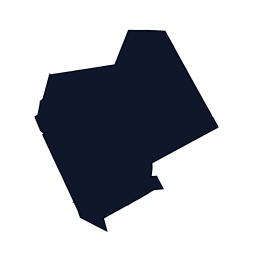 outline of Lenauheim, Timis, Romania, rotated 166°
{"feature_id": "2599482B52113038505236", "entity_name": "Lenauheim", "entity_type": "district", "adm_level": 2, "iso_a3": "ROU", "parent_name": "Romania", "parent_adm1": "Timis", "projection": "orthographic", "projection_center": [20.789, 45.889], "detail": "fine", "context": "isolated", "style": "filled", "palette": "ink", "viewbox_px": 256, "rotation_deg": 166, "n_neighbors": 0, "source": "geoboundaries", "source_scale": "gbopen_adm2", "svg_char_len": 3852}
<svg xmlns="http://www.w3.org/2000/svg" viewBox="0 0 256 256"><g transform="rotate(166 128 128)"><path d="M191.0,198.1L191.5,197.6L192.4,196.0L193.2,194.6L194.5,192.3L195.9,189.7L196.6,188.3L197.8,186.4L199.6,183.1L200.2,181.9L201.4,179.8L201.5,179.8L202.2,178.6L203.4,176.4L203.6,176.3L206.3,175.1L206.7,174.5L206.7,173.9L209.0,168.7L211.4,163.8L212.1,162.4L212.2,162.2L212.3,162.1L215.3,161.2L215.0,158.8L214.3,154.1L213.7,150.1L213.5,148.7L213.2,146.6L212.4,145.5L211.6,144.5L210.2,142.3L212.1,141.9L211.2,137.2L210.5,134.1L210.6,133.7L210.3,132.3L209.8,129.7L209.6,129.1L209.1,126.6L208.8,124.8L208.3,122.2L207.8,119.5L207.7,119.0L207.2,116.5L207.0,115.5L206.6,113.6L206.1,110.7L206.0,110.2L205.5,108.1L205.4,107.1L205.0,105.5L204.5,103.0L204.3,101.7L203.9,100.0L203.6,98.4L203.4,97.2L203.2,96.2L202.8,94.4L202.5,92.9L202.3,91.4L202.1,90.2L201.9,89.5L201.6,87.7L201.5,87.1L201.2,86.0L200.9,84.5L200.7,83.5L200.3,81.4L200.1,80.3L199.7,78.3L199.5,77.2L199.2,75.4L199.0,74.6L198.5,72.1L198.3,70.7L198.1,69.8L198.3,69.6L198.2,69.6L198.1,69.4L198.0,69.2L197.9,68.5L197.4,66.1L197.3,65.6L197.2,65.5L197.2,65.3L197.1,64.6L196.8,63.2L196.7,62.6L196.5,61.4L196.3,60.8L196.2,60.3L196.2,59.9L196.1,59.0L196.0,57.6L196.0,56.7L195.9,56.5L195.9,55.9L195.8,55.5L195.8,55.0L195.7,54.3L195.6,52.9L195.2,52.5L194.2,51.7L192.5,50.1L192.0,49.7L190.9,48.8L189.8,47.8L188.7,46.8L186.8,45.2L185.6,44.1L184.1,42.8L183.2,42.0L181.0,40.0L179.9,39.1L178.1,37.5L176.5,36.1L174.9,34.7L174.1,34.1L173.7,33.7L173.7,34.6L173.7,37.4L173.8,40.2L173.8,43.0L173.9,44.8L173.9,45.6L173.9,46.6L173.7,46.7L171.7,47.2L170.6,47.5L168.4,48.1L167.1,48.5L165.8,48.8L162.6,49.7L161.0,50.1L157.8,50.9L155.2,51.6L153.4,52.1L151.9,52.5L148.8,53.3L147.6,53.6L146.9,53.6L145.9,53.8L145.9,54.0L144.3,54.4L143.7,54.6L142.6,54.9L141.5,55.3L140.8,55.5L140.0,55.7L137.3,56.4L135.5,56.9L132.5,57.7L131.5,57.9L131.0,58.1L128.1,59.0L125.6,59.7L123.9,60.3L122.0,60.9L119.3,61.7L118.4,62.0L117.4,62.0L116.9,62.0L115.4,61.7L114.3,61.6L112.9,61.4L111.2,61.1L110.4,61.0L109.5,60.8L108.9,60.8L109.6,63.5L110.3,66.3L110.5,67.1L111.0,69.2L111.7,71.9L112.0,73.2L112.1,74.1L113.2,74.2L114.1,74.4L114.6,74.5L115.2,74.7L116.0,74.8L116.9,75.0L117.6,75.1L117.6,75.3L117.4,75.8L116.4,78.5L115.8,80.0L115.3,81.4L115.1,82.1L114.5,83.6L114.3,84.5L114.1,85.7L113.5,88.5L96.1,93.0L93.9,93.5L90.9,94.3L89.2,94.8L88.0,95.1L85.5,95.7L83.5,96.2L81.8,96.7L80.1,97.1L78.1,97.6L76.1,98.2L74.6,98.5L72.7,99.0L71.6,99.3L70.5,99.6L69.3,100.0L67.9,100.3L66.7,100.6L65.7,100.8L63.9,101.2L63.1,101.5L60.7,102.1L58.8,102.5L56.7,103.1L53.3,103.9L51.3,104.5L48.3,105.2L45.7,105.9L44.5,106.2L42.4,106.7L40.7,107.2L40.8,107.8L41.5,110.4L43.4,117.7L43.5,118.0L44.3,118.8L44.2,120.4L45.4,124.7L46.8,129.9L47.9,133.8L48.9,137.6L50.0,141.8L51.0,145.5L51.9,148.7L52.1,149.3L52.1,149.5L52.2,149.8L52.7,151.5L52.9,152.3L53.5,154.5L53.8,155.7L54.1,156.9L54.6,158.8L54.8,159.5L55.3,161.4L55.5,161.9L56.1,164.3L56.1,164.5L56.8,166.9L57.4,169.4L58.0,171.9L58.4,173.2L58.7,174.3L59.4,176.8L59.8,178.3L60.0,179.1L60.4,180.4L60.7,181.7L61.3,184.1L62.0,186.7L62.7,189.3L63.4,191.9L64.1,194.6L64.7,197.2L65.4,199.8L66.1,202.4L66.8,205.0L67.5,207.6L68.2,210.2L68.8,212.7L73.3,214.1L77.4,215.4L81.9,216.7L84.7,217.5L88.7,218.5L91.4,219.1L95.8,220.3L96.7,220.5L99.8,221.3L103.0,222.2L103.8,222.3L106.2,219.0L107.1,217.7L108.8,215.3L111.1,212.1L113.2,209.3L113.4,209.0L115.6,205.9L118.0,202.6L120.0,199.8L122.1,196.8L122.4,196.5L124.6,193.4L125.3,192.4L125.5,192.2L128.3,192.5L131.5,192.7L131.5,192.8L133.5,193.0L137.7,193.4L138.7,193.4L143.1,193.8L143.9,193.9L149.1,194.3L154.4,194.8L157.8,195.1L159.6,195.3L162.6,195.6L164.2,195.7L164.2,195.8L165.9,195.9L168.2,196.0L171.7,196.4L172.9,196.5L177.2,196.9L178.2,197.0L181.9,197.3L183.1,197.4L187.6,197.9L188.3,197.9L190.4,198.1L190.7,198.7L191.0,198.1Z" fill="#0f172a" stroke="#020617" stroke-width="1.5"/></g></svg>